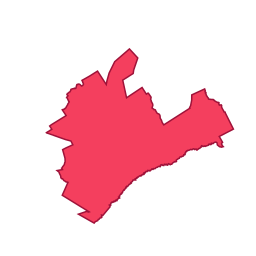 outline of Nuevo Casas Grandes, Chihuahua, Mexico, rotated 238°
{"feature_id": "50627088B65630298438261", "entity_name": "Nuevo Casas Grandes", "entity_type": "district", "adm_level": 2, "iso_a3": "MEX", "parent_name": "Mexico", "parent_adm1": "Chihuahua", "projection": "albers", "projection_center": [-107.777, 30.506], "detail": "fine", "context": "isolated", "style": "filled", "palette": "rose", "viewbox_px": 256, "rotation_deg": 238, "n_neighbors": 0, "source": "geoboundaries", "source_scale": "gbopen_adm2", "svg_char_len": 5614}
<svg xmlns="http://www.w3.org/2000/svg" viewBox="0 0 256 256"><g transform="rotate(238 128 128)"><path d="M71.2,216.8L89.2,218.5L90.0,218.8L90.9,217.9L91.8,218.2L93.9,218.2L96.3,218.5L97.3,219.3L98.1,219.4L98.5,218.7L98.8,218.2L98.8,217.8L99.5,217.5L99.8,217.8L100.5,217.9L101.3,218.6L101.7,218.4L101.9,217.8L102.3,217.6L103.3,216.7L104.1,216.5L105.4,215.7L105.7,215.8L106.1,215.6L106.3,215.7L107.0,215.4L107.3,214.8L107.7,214.5L108.3,213.3L108.8,213.0L108.9,212.8L109.2,212.5L109.3,212.1L109.9,211.6L110.8,212.0L112.1,211.7L113.0,211.9L113.7,211.6L114.4,211.9L115.2,212.0L116.2,212.5L116.5,212.3L116.6,212.5L116.8,212.4L116.9,212.6L117.0,212.5L117.3,212.6L117.3,212.8L118.2,212.7L118.5,212.9L118.7,213.3L120.5,213.7L122.3,199.6L117.9,196.8L113.8,193.0L112.6,191.0L112.0,191.0L111.7,160.0L114.5,159.9L116.9,160.5L119.2,160.5L121.3,161.6L122.0,161.8L122.7,161.8L123.4,161.7L124.6,160.8L125.8,160.4L126.3,160.6L127.7,160.5L128.4,160.8L129.1,160.7L129.5,160.4L129.7,159.8L130.3,159.8L132.2,159.0L134.2,161.2L135.6,161.7L136.7,161.7L137.2,161.9L137.8,161.7L139.3,162.3L140.5,162.4L141.3,163.5L141.6,163.7L142.0,163.7L142.2,163.9L146.7,163.7L147.0,163.5L147.0,161.5L154.9,161.4L154.4,142.8L171.4,148.9L171.5,161.3L174.2,163.6L182.2,173.4L194.3,171.1L191.3,151.9L184.6,141.1L179.1,135.1L176.4,132.6L192.4,132.3L192.4,122.7L192.8,114.2L190.9,114.0L190.4,113.7L189.9,113.8L188.8,113.5L188.0,112.0L188.3,110.8L190.4,110.3L190.8,110.1L191.3,109.6L191.7,108.9L191.5,108.4L191.9,107.9L191.9,107.6L190.5,106.0L190.1,105.8L189.9,105.4L189.3,104.8L189.5,103.9L189.7,103.6L190.1,103.7L190.2,103.4L190.3,102.5L190.8,101.4L190.8,100.9L191.0,100.2L190.7,99.7L190.4,99.6L190.2,99.3L189.8,98.5L189.6,98.3L189.4,97.8L189.6,97.2L189.3,96.2L189.3,95.4L189.3,95.1L189.4,94.9L189.1,94.5L188.7,93.9L188.0,94.0L187.4,94.3L187.0,94.1L186.8,93.0L186.3,92.1L186.1,92.3L185.4,92.3L182.0,91.8L181.7,92.1L181.1,91.7L180.4,90.0L180.1,89.4L179.7,89.2L178.7,86.9L178.3,86.6L177.9,85.4L178.0,85.2L177.8,85.0L177.9,84.4L177.7,83.8L177.9,83.6L178.2,82.6L178.3,81.9L171.3,82.1L171.4,64.8L171.2,62.6L167.3,62.7L167.3,56.3L167.1,56.3L151.3,68.9L147.2,72.7L143.0,72.3L144.0,64.8L144.3,61.1L135.9,58.6L135.1,58.2L133.2,57.1L132.6,56.7L132.0,55.8L130.7,54.6L130.4,53.7L130.1,53.0L129.8,52.0L129.1,51.0L129.1,50.4L127.5,50.4L129.5,45.3L127.1,46.1L126.4,46.0L125.7,45.7L124.3,45.7L123.5,45.5L123.0,45.5L121.9,44.9L120.7,44.7L120.0,45.0L119.7,45.6L117.3,45.8L116.8,46.2L115.0,46.9L114.7,47.3L114.4,47.7L113.7,48.3L105.8,36.6L77.5,50.6L77.7,49.9L78.9,49.0L79.3,48.3L81.2,40.3L65.3,48.9L65.9,50.6L65.5,53.3L65.8,53.6L66.2,54.4L66.0,54.9L66.0,55.4L66.5,56.4L66.1,57.6L66.1,58.4L66.5,58.7L67.2,58.6L67.6,59.1L67.4,59.7L67.9,59.7L67.2,60.4L70.6,70.7L70.6,70.9L71.4,71.4L72.5,71.3L72.4,71.7L71.8,72.2L71.7,72.5L72.1,72.7L72.6,72.8L73.1,73.5L73.4,73.7L73.3,74.4L73.7,75.0L73.7,75.3L73.5,75.6L73.0,75.7L72.9,76.6L73.4,76.9L73.4,77.2L72.8,77.4L72.6,77.7L72.7,77.8L72.6,78.3L73.2,78.8L73.3,79.3L73.0,79.7L72.4,79.7L72.2,80.0L72.7,80.8L73.2,80.9L73.2,81.0L73.1,81.9L73.4,82.6L73.1,83.6L74.3,83.5L74.1,84.5L74.9,84.6L76.1,87.6L75.6,87.7L75.8,88.1L76.1,88.3L76.2,88.5L76.1,89.0L76.4,89.4L77.0,89.7L77.2,90.1L77.3,91.9L77.9,92.0L77.8,93.3L78.1,93.7L78.2,94.6L78.7,94.5L79.0,95.0L78.9,95.2L79.0,95.8L79.1,95.7L79.2,96.1L78.7,96.2L78.9,97.7L79.6,98.9L79.5,99.2L79.3,99.5L79.4,100.1L79.6,100.4L79.4,101.2L79.5,101.6L80.3,101.6L80.3,103.3L80.4,103.6L81.1,104.3L81.2,104.9L80.8,105.2L80.6,105.8L80.0,106.6L79.9,107.0L80.6,106.9L81.1,107.0L81.1,107.5L80.9,108.1L81.1,108.7L80.8,108.7L80.7,109.1L80.9,109.6L81.2,109.6L81.3,110.2L81.2,110.4L80.9,110.8L81.2,111.7L81.2,112.1L81.2,112.9L81.0,113.4L80.5,113.4L80.4,114.2L80.5,114.5L80.8,114.5L81.0,115.5L80.8,115.6L80.4,116.3L80.2,116.9L80.5,117.1L81.4,117.3L81.5,117.5L81.5,118.0L80.7,118.1L80.9,118.8L81.1,118.8L81.1,119.4L81.4,119.6L81.3,119.8L81.6,120.5L80.9,121.2L81.5,122.5L80.4,123.1L80.3,123.4L80.5,123.8L79.9,124.3L80.2,125.2L80.6,126.7L80.4,126.9L79.8,127.0L79.6,127.3L79.7,127.7L80.0,127.9L80.1,128.1L79.6,128.6L79.5,129.0L79.2,129.4L79.5,130.6L79.4,131.5L79.1,132.1L79.3,133.1L78.9,134.4L78.7,134.6L78.2,134.6L78.1,134.8L78.5,135.5L79.2,136.0L79.3,136.2L79.0,137.4L78.6,137.5L78.3,137.3L77.7,137.8L77.2,138.5L78.0,139.6L77.6,140.0L77.3,140.0L76.8,140.3L76.8,140.5L77.1,140.9L77.0,141.2L76.8,141.5L75.7,141.5L75.5,142.1L76.3,143.2L76.3,143.5L75.8,143.8L74.5,144.3L74.6,145.2L74.1,145.8L74.1,146.1L74.5,146.8L74.7,147.8L74.6,148.9L74.9,149.5L74.3,150.1L73.9,150.9L74.1,151.5L74.7,151.5L75.2,152.0L75.3,153.0L75.1,153.5L75.4,154.3L75.4,154.8L75.2,155.1L75.1,155.5L75.8,156.5L75.7,157.4L75.2,157.9L75.4,158.8L75.2,159.2L75.0,159.3L74.9,159.7L75.1,160.6L75.8,161.1L75.7,161.4L75.4,161.6L75.2,162.2L75.6,162.7L76.4,163.0L76.6,163.5L76.5,163.9L77.1,164.3L77.3,164.8L77.0,165.5L77.5,165.8L77.3,167.1L76.8,167.6L76.8,168.3L76.6,168.8L76.7,169.5L76.5,170.1L76.0,170.3L75.6,171.0L75.8,171.8L75.6,172.2L75.6,172.6L75.4,172.8L74.5,173.0L74.5,173.7L73.9,174.7L73.3,174.4L72.7,174.8L72.8,175.3L72.9,175.8L72.8,176.2L73.2,176.8L72.7,178.0L73.0,178.9L73.0,179.9L73.4,180.0L74.0,181.1L73.9,181.3L73.3,181.4L72.5,181.8L72.4,182.9L71.7,183.5L71.9,183.8L71.3,184.4L71.4,184.9L70.9,186.4L70.8,187.0L70.8,187.3L71.4,187.7L71.4,188.1L71.2,188.5L70.6,188.8L70.5,189.1L70.0,189.4L70.0,189.6L70.1,190.0L70.5,190.1L70.9,190.5L70.7,191.0L70.4,190.9L70.2,191.0L69.7,191.9L69.7,192.2L70.0,193.0L69.8,194.4L69.4,195.1L69.0,195.4L68.6,195.6L67.9,195.5L66.3,194.8L63.6,195.7L62.8,196.6L62.2,197.1L61.7,198.9L63.3,198.6L63.6,198.8L64.2,198.7L64.9,198.9L65.5,199.5L65.7,200.6L72.5,200.9L71.2,216.8Z" fill="#f43f5e" stroke="#9f1239" stroke-width="1.5"/></g></svg>